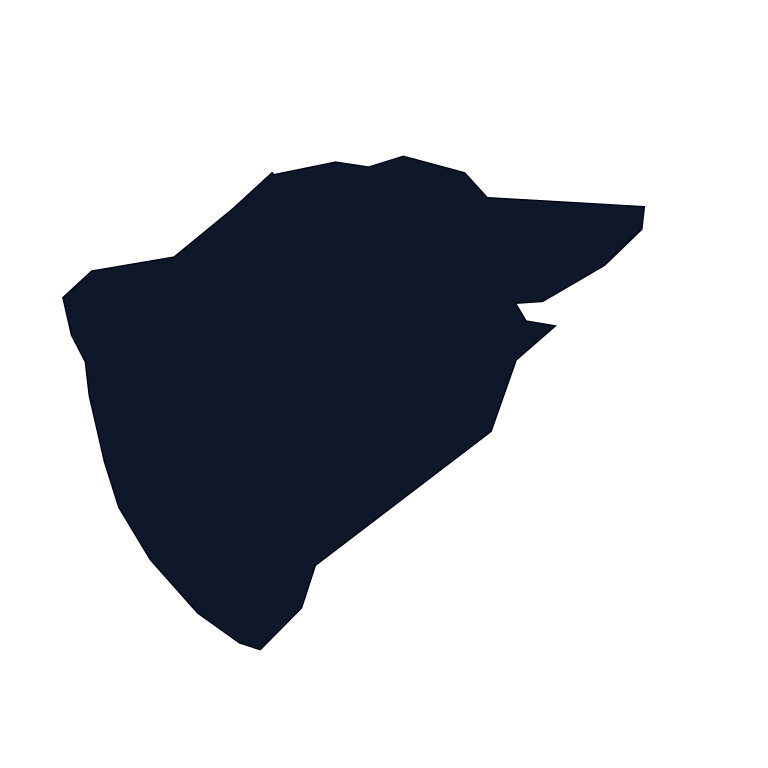 the border of Rutland, rotated 347°
{"feature_id": "GBR-2762", "entity_name": "Rutland", "entity_type": "Unitary Authority", "adm_level": 1, "iso_a3": "GBR", "parent_name": "United Kingdom", "parent_adm1": "", "projection": "robinson", "projection_center": [-0.637, 52.627], "detail": "fine", "context": "isolated", "style": "filled", "palette": "ink", "viewbox_px": 768, "rotation_deg": 347, "n_neighbors": 0, "source": "natural_earth", "source_scale": "10m", "svg_char_len": 561}
<svg xmlns="http://www.w3.org/2000/svg" viewBox="0 0 768 768"><g transform="rotate(347 384 384)"><path d="M322.5,153.0L323.7,155.3L386.8,156.9L417.7,169.2L454.1,166.5L510.1,196.4L526.5,225.7L677.5,269.9L670.0,291.2L625.7,317.9L557.1,339.2L530.3,334.9L536.6,354.6L564.0,366.0L563.4,366.3L518.2,390.3L477.7,454.2L276.3,545.3L253.3,583.6L203.6,615.0L185.0,603.8L150.9,565.2L116.8,502.6L97.9,444.6L94.1,396.4L94.2,328.9L98.0,295.1L90.5,266.1L90.6,227.6L124.6,208.2L208.0,213.1L276.1,179.3L322.5,153.0Z" fill="#0f172a" stroke="#020617" stroke-width="1.5"/></g></svg>